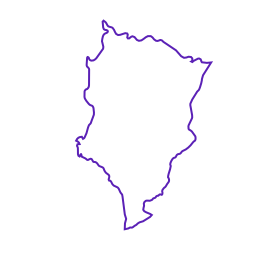 Si Sa Ket, Natural Earth projection, rotated 204°
{"feature_id": "THA-425", "entity_name": "Si Sa Ket", "entity_type": "Province", "adm_level": 1, "iso_a3": "THA", "parent_name": "Thailand", "parent_adm1": "", "projection": "natural_earth1", "projection_center": [104.414, 14.961], "detail": "fine", "context": "isolated", "style": "outline", "palette": "violet", "viewbox_px": 256, "rotation_deg": 204, "n_neighbors": 0, "source": "natural_earth", "source_scale": "10m", "svg_char_len": 4515}
<svg xmlns="http://www.w3.org/2000/svg" viewBox="0 0 256 256"><g transform="rotate(204 128 128)"><path d="M183.8,213.3L182.8,213.2L180.7,212.0L178.9,210.4L177.1,209.1L174.9,208.9L173.1,209.9L169.1,213.5L167.1,214.0L166.2,213.2L165.5,210.4L164.5,209.8L163.4,210.3L162.1,212.8L161.2,213.6L159.0,213.7L155.7,212.1L153.5,212.1L151.4,213.5L150.0,215.7L148.7,218.1L147.2,220.0L144.6,221.2L142.4,220.7L140.3,219.6L137.9,219.1L136.5,219.5L135.4,220.4L134.6,221.3L133.9,221.7L133.4,221.7L132.6,221.8L131.7,221.5L130.8,221.1L115.8,218.5L108.6,215.2L105.4,214.9L103.4,216.1L101.7,217.7L99.3,218.5L97.7,217.8L96.9,216.4L96.8,215.0L97.2,214.5L96.1,214.4L95.8,214.9L95.6,215.7L92.3,219.8L91.3,220.4L89.6,220.3L88.7,219.5L88.0,218.6L87.2,218.1L82.4,219.6L78.7,221.7L80.9,206.7L80.4,203.1L80.1,202.0L79.9,201.5L79.3,198.6L78.8,194.5L78.7,192.7L78.8,191.4L79.6,189.4L80.9,180.1L80.9,175.6L80.5,174.5L80.3,174.1L74.7,165.9L73.7,163.9L73.5,162.9L73.7,155.2L73.5,154.1L72.6,152.4L72.4,152.0L72.1,151.7L71.6,151.4L70.5,151.3L69.9,151.2L68.8,151.0L67.9,150.6L63.3,147.9L62.8,147.4L62.4,146.7L61.8,145.4L61.7,144.6L61.6,143.9L62.1,143.0L62.4,142.5L62.8,141.4L63.8,137.6L64.2,136.6L64.4,136.1L65.0,134.6L66.5,131.9L68.9,129.0L69.3,128.0L69.5,126.9L69.7,126.3L69.9,125.9L70.2,125.5L71.7,124.4L72.0,124.0L72.3,123.5L72.5,122.8L72.6,121.0L72.7,120.6L72.9,120.3L73.5,119.7L73.9,119.4L74.3,118.9L74.7,117.9L75.0,115.9L75.0,113.6L74.8,112.5L74.5,111.7L73.5,110.7L72.8,107.5L72.2,102.5L71.8,100.5L71.4,99.3L70.5,98.7L70.1,98.3L69.6,97.7L69.0,96.4L68.9,95.6L69.0,94.8L69.3,93.5L69.5,92.5L69.7,90.5L69.9,89.5L70.2,88.8L70.6,88.2L70.9,87.3L71.3,85.5L71.2,84.6L71.0,84.0L70.6,83.5L70.2,82.9L69.8,81.8L69.8,81.2L70.0,80.7L70.5,80.6L71.0,80.6L71.4,80.5L71.9,80.3L72.2,79.9L72.4,79.5L72.7,78.7L72.9,78.4L73.5,78.1L74.0,77.6L74.4,77.0L74.6,75.7L75.0,75.1L75.4,74.7L75.8,74.4L76.2,74.1L76.5,73.4L76.6,72.7L76.8,72.2L77.1,71.8L78.1,70.8L78.4,70.5L79.3,70.1L81.1,69.4L81.6,69.1L82.1,68.7L82.4,68.1L82.9,66.9L82.8,65.4L81.7,63.5L81.3,61.3L80.8,59.5L79.3,58.6L77.2,58.4L72.7,58.5L70.9,58.2L71.7,55.7L76.3,48.9L79.1,46.5L80.3,44.7L81.0,42.9L82.2,41.3L83.2,39.4L83.9,38.6L84.4,38.4L85.1,38.2L86.0,37.6L86.7,36.5L88.0,35.5L89.8,34.2L92.0,39.7L92.7,44.2L95.8,47.8L105.1,63.1L106.3,64.8L108.1,65.7L109.0,66.3L111.7,68.7L112.6,69.2L113.1,69.4L113.6,69.5L117.6,69.6L118.4,69.9L119.5,70.4L121.2,71.8L122.1,72.4L122.8,72.6L123.3,72.4L123.9,72.3L124.2,72.6L124.6,72.9L124.8,73.4L124.9,74.0L125.0,74.8L125.3,75.9L125.6,76.5L126.2,77.0L126.5,77.3L128.1,77.7L129.1,77.9L130.1,78.2L130.5,78.4L132.2,79.5L133.9,81.2L134.3,81.4L134.7,81.6L135.8,81.7L138.0,81.6L138.9,81.6L139.3,81.7L139.7,81.9L141.7,83.1L142.2,83.3L143.3,83.6L143.8,83.6L144.3,83.5L145.5,83.1L145.8,83.0L146.0,83.1L146.7,83.5L148.2,84.6L148.6,84.8L149.1,84.8L149.6,84.7L150.0,84.4L150.8,83.5L151.2,83.0L151.3,82.9L151.5,82.6L151.9,82.4L152.3,82.3L152.8,82.4L153.8,82.7L154.9,82.9L158.3,83.0L158.5,83.0L159.8,84.7L160.2,85.0L160.5,84.8L160.6,84.3L160.4,83.1L160.4,82.9L160.5,82.7L160.6,82.3L161.4,82.4L162.0,82.5L163.1,83.8L164.7,87.3L164.6,87.1L165.7,89.4L166.3,90.1L166.9,90.5L167.4,91.2L167.5,92.6L165.7,93.6L166.9,94.7L168.4,95.2L170.2,95.3L170.0,97.4L169.3,99.0L168.2,100.2L166.6,101.2L164.7,99.8L164.0,100.8L163.9,101.2L163.8,101.8L163.8,106.3L164.7,112.2L164.8,113.8L164.8,114.9L164.2,116.4L164.0,117.0L164.0,117.6L164.3,121.2L164.3,121.9L164.6,126.3L165.4,128.3L167.6,132.1L168.2,132.8L168.6,133.1L169.0,133.4L169.4,133.6L169.9,133.7L172.1,133.6L173.2,133.9L174.1,134.3L177.2,135.9L179.5,137.5L180.1,138.3L180.4,138.7L182.4,143.4L182.6,144.0L182.6,144.7L182.3,145.7L182.0,146.3L181.2,147.0L181.0,147.5L180.8,148.0L180.7,148.6L180.6,149.2L180.7,150.1L181.0,151.2L187.2,165.4L187.4,165.8L187.7,166.2L188.1,166.5L188.5,166.7L188.9,167.0L189.9,167.3L190.4,167.5L190.7,167.8L191.1,168.2L191.3,168.6L191.6,169.2L193.9,175.5L193.9,176.0L193.8,176.4L193.3,176.5L192.9,176.4L192.4,176.2L191.5,175.2L191.1,174.9L190.6,174.7L190.1,174.6L189.6,174.6L189.1,174.6L188.6,174.8L187.4,175.5L187.0,175.8L186.7,176.2L185.9,177.4L185.7,177.9L185.3,178.9L183.0,190.2L183.2,191.1L183.6,192.2L186.4,195.9L186.7,196.2L187.0,196.6L187.3,197.5L187.7,198.9L188.2,201.4L188.2,202.6L188.1,203.5L187.7,204.5L187.4,204.9L186.0,206.5L185.8,206.8L185.7,207.3L185.6,207.8L185.9,208.2L186.2,208.6L187.0,208.7L187.5,208.7L188.1,208.5L189.2,208.3L189.8,208.4L190.3,208.5L191.6,209.8L194.4,214.8L194.0,216.1L191.7,215.6L190.6,215.0L188.5,213.4L187.5,212.9L186.3,212.9L183.8,213.3Z" fill="none" stroke="#5b21b6" stroke-width="2"/></g></svg>